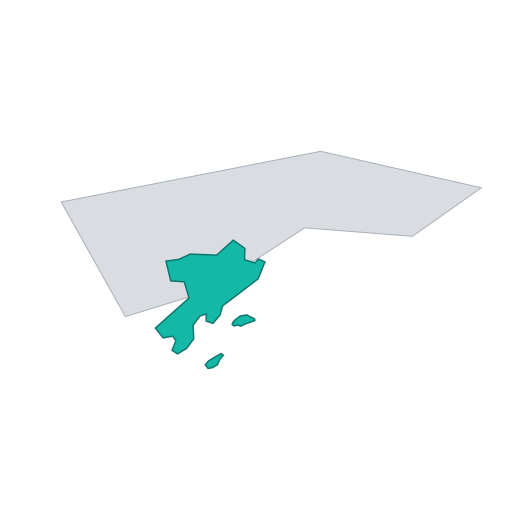 where Port Glaud sits in Seychelles, rotated 284°
{"feature_id": "SYC-5218", "entity_name": "Port Glaud", "entity_type": "state/province", "adm_level": 1, "iso_a3": "SYC", "parent_name": "Seychelles", "parent_adm1": "", "projection": "equal_earth", "projection_center": [55.401, -4.652], "detail": "fine", "context": "in_parent", "style": "filled", "palette": "teal", "viewbox_px": 512, "rotation_deg": 284, "n_neighbors": 0, "source": "natural_earth", "source_scale": "10m", "svg_char_len": 978}
<svg xmlns="http://www.w3.org/2000/svg" viewBox="0 0 512 512"><g transform="rotate(284 256 256)"><path d="M373.2,293.3L376.7,458.1L312.9,402.9L295.1,296.4L209.8,217.0L165.6,143.9L261.3,53.9L373.2,293.3Z" fill="#d9dde1" stroke="#a8b0b8" stroke-width="1"/><path d="M252.4,266.1L234.4,263.6L211.5,245.3L199.7,235.7L189.8,235.3L180.2,230.5L180.8,223.4L187.7,221.7L184.3,216.2L173.7,211.7L160.6,215.6L149.5,211.0L142.0,203.5L144.2,197.4L154.4,198.7L158.0,194.8L154.1,185.7L161.7,175.8L199.1,201.2L213.6,192.6L211.2,179.3L229.3,169.9L233.9,181.6L242.0,191.8L247.3,217.6L265.9,230.1L260.6,243.4L249.6,245.8L249.0,256.7L253.7,259.1L252.4,266.1ZM186.2,249.7L189.1,251.3L193.9,255.2L196.6,261.1L195.4,266.6L194.6,269.8L193.0,270.5L187.7,262.4L184.3,258.1L184.5,254.6L182.8,251.6L183.8,249.4L186.2,249.7ZM138.2,233.1L142.8,235.4L148.6,241.2L152.9,245.8L151.7,248.4L147.6,246.1L141.1,244.8L137.2,240.9L135.3,236.7L138.2,233.1Z" fill="#14b8a6" stroke="#0f766e" stroke-width="1.5"/></g></svg>